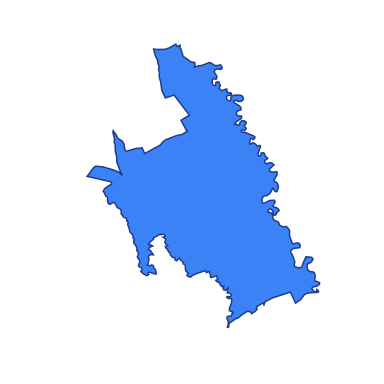 the district of Camarón de Tejeda, Veracruz, Mexico, rotated 64°
{"feature_id": "50627088B3640264870704", "entity_name": "Camarón de Tejeda", "entity_type": "district", "adm_level": 2, "iso_a3": "MEX", "parent_name": "Mexico", "parent_adm1": "Veracruz", "projection": "albers", "projection_center": [-96.566, 19.003], "detail": "fine", "context": "isolated", "style": "filled", "palette": "blue", "viewbox_px": 384, "rotation_deg": 64, "n_neighbors": 0, "source": "geoboundaries", "source_scale": "gbopen_adm2", "svg_char_len": 6110}
<svg xmlns="http://www.w3.org/2000/svg" viewBox="0 0 384 384"><g transform="rotate(64 192 192)"><path d="M264.1,122.7L263.4,125.3L260.5,127.7L256.8,127.6L254.1,130.0L252.1,130.9L247.3,129.7L245.5,130.0L244.5,130.6L244.3,132.0L243.4,132.2L242.0,131.8L241.2,130.0L242.1,128.4L244.7,127.6L246.8,128.8L247.9,128.9L249.0,128.3L249.3,126.7L247.5,124.4L246.9,121.9L245.9,121.7L243.5,122.6L241.2,125.0L240.4,125.2L239.7,125.1L237.6,121.7L235.5,121.6L233.7,125.6L233.8,131.7L233.2,132.8L231.8,133.4L229.8,132.8L228.4,131.9L227.1,129.2L228.1,126.1L227.3,122.2L223.9,117.9L224.4,117.4L226.9,117.4L228.8,116.3L228.6,115.3L227.0,113.5L225.3,112.1L222.7,111.5L220.4,111.7L218.7,113.3L217.7,113.5L213.6,107.9L212.0,107.0L210.8,107.0L210.1,109.5L208.4,112.3L207.1,112.9L205.3,112.5L203.8,107.1L203.3,106.4L201.0,107.6L199.8,108.8L199.4,112.8L196.7,113.7L195.6,112.4L195.0,109.2L191.9,110.4L188.2,110.3L187.4,112.1L187.5,113.0L188.9,113.3L189.5,114.7L188.5,116.4L187.3,116.3L182.6,112.1L181.5,110.6L180.2,110.4L179.7,110.9L179.4,113.4L177.0,113.7L174.4,115.6L174.6,118.5L174.0,119.0L172.3,118.3L170.1,116.3L169.7,115.5L170.1,114.7L171.6,114.3L171.8,113.7L171.4,112.4L170.5,111.4L169.9,111.4L168.2,112.4L160.9,118.9L160.9,119.9L159.8,121.2L158.6,121.0L158.1,120.3L158.4,119.2L159.4,118.2L159.5,116.7L159.0,115.7L158.1,115.4L156.4,115.9L155.1,115.5L154.2,113.3L153.3,112.7L152.1,113.1L150.8,113.9L149.8,115.9L150.3,118.1L152.5,120.0L152.5,120.8L150.9,122.2L150.0,123.9L149.4,123.9L148.0,120.5L147.6,115.8L146.0,114.1L145.2,114.4L143.8,117.2L142.0,118.0L140.7,117.7L139.1,116.2L139.6,112.1L138.5,111.3L137.1,111.1L135.6,111.6L130.1,114.9L128.7,115.0L128.6,112.9L129.4,111.4L130.4,111.2L131.4,109.9L132.0,108.2L131.8,106.3L131.0,105.1L129.0,104.6L127.7,104.9L126.4,105.8L123.9,110.4L123.2,114.8L126.5,117.1L126.8,117.9L125.3,119.7L123.0,120.1L121.3,118.9L120.9,117.4L122.0,114.2L121.5,113.4L120.7,113.4L119.7,113.8L118.3,116.5L117.9,116.7L114.9,115.6L114.3,116.6L114.2,119.9L112.9,121.5L110.7,122.3L109.8,121.7L109.6,120.7L108.5,119.7L105.0,119.6L104.0,120.9L104.2,122.7L106.3,123.9L106.6,124.6L105.4,126.1L104.4,126.3L103.2,126.1L100.2,124.9L99.6,123.8L99.6,122.7L101.2,121.2L101.0,120.3L99.2,119.1L97.6,118.9L95.2,119.5L92.7,118.7L92.2,116.3L92.5,114.9L93.8,113.6L94.5,111.8L93.7,110.4L90.8,110.4L90.2,110.7L89.3,114.2L88.2,116.2L84.1,118.5L83.2,120.0L82.5,127.9L81.6,130.3L80.7,135.2L79.0,133.5L77.1,132.9L76.1,133.4L75.8,134.6L74.2,136.1L66.1,140.5L58.3,139.3L56.8,139.5L54.9,138.4L54.7,141.6L52.0,141.7L52.5,149.0L52.0,153.6L48.7,160.6L46.7,163.9L53.5,165.2L58.9,165.3L61.1,166.1L64.1,166.5L65.8,167.0L67.2,168.5L70.3,168.7L72.0,170.0L75.1,171.2L79.5,172.0L87.2,174.5L95.8,174.7L97.0,165.6L121.8,160.7L122.7,170.4L134.1,170.0L134.1,169.5L135.3,169.5L135.9,175.8L134.5,181.1L133.5,193.0L134.1,195.9L135.9,199.9L136.7,217.6L130.3,217.5L129.7,220.3L128.8,221.8L128.2,223.9L126.6,233.3L124.1,233.7L119.0,232.1L115.7,232.4L111.9,234.8L110.0,235.4L108.3,235.0L102.4,235.9L104.0,237.0L110.1,238.4L114.0,240.4L116.0,240.4L122.3,243.2L128.2,244.5L131.8,246.4L143.2,247.5L146.6,247.3L141.8,249.2L137.6,253.1L130.4,261.0L126.6,267.1L127.0,269.8L132.0,279.4L147.2,260.5L149.7,260.5L150.0,265.7L150.7,269.1L152.5,271.6L154.1,271.1L157.7,271.3L159.7,270.2L163.9,272.2L165.8,272.2L167.1,271.3L166.9,267.6L167.7,266.2L173.4,265.9L175.3,264.2L177.5,263.7L180.9,265.3L182.5,264.6L184.3,264.7L187.1,262.5L188.2,262.5L189.5,263.5L191.3,262.5L192.7,264.0L198.1,264.6L200.5,265.3L205.3,264.0L207.1,265.1L209.7,264.8L210.6,265.9L212.9,266.7L215.1,266.0L217.2,266.0L218.9,266.2L220.5,267.4L222.5,266.6L224.5,267.5L226.6,269.7L229.7,269.2L232.0,269.4L234.0,271.9L235.4,272.6L238.2,270.6L240.2,270.9L240.9,272.9L244.2,271.6L247.1,269.6L247.6,268.6L247.2,267.0L246.4,267.2L245.2,266.6L245.5,265.3L249.5,261.2L249.9,260.0L247.1,259.0L245.2,259.1L242.8,259.7L242.0,259.1L240.7,259.3L239.9,260.5L239.7,262.4L237.7,264.2L236.9,262.9L233.9,260.3L231.3,259.6L230.3,258.8L230.3,256.3L231.5,254.2L226.7,255.0L224.3,256.0L223.1,254.6L223.3,251.1L221.3,252.5L220.1,254.2L218.7,252.1L217.6,247.5L216.3,246.6L216.0,239.1L216.9,238.5L217.3,236.2L218.9,235.2L220.2,236.0L219.9,237.8L222.2,236.5L223.5,236.6L225.3,238.5L227.0,238.4L229.5,237.3L229.3,240.0L231.0,240.0L232.2,239.2L235.9,239.3L236.6,238.5L238.7,238.9L240.8,238.7L242.4,238.0L243.2,236.5L245.9,236.9L247.1,236.0L245.8,232.4L246.6,231.9L247.9,232.2L250.6,231.0L252.9,231.4L253.7,230.4L255.4,230.3L258.0,231.6L260.2,232.2L263.3,230.9L263.8,232.3L265.0,233.1L266.5,232.3L267.9,230.4L267.3,228.8L267.3,224.4L268.5,214.3L270.8,214.4L270.9,211.5L276.3,212.0L276.3,212.6L277.4,212.2L278.0,206.8L282.0,207.2L281.8,209.3L283.4,209.2L285.5,206.8L286.2,207.4L289.9,206.9L290.6,204.8L291.8,206.1L293.8,206.5L294.9,205.0L294.3,201.9L296.0,203.4L298.4,204.5L299.0,202.7L301.8,201.6L302.7,202.5L302.5,204.1L301.5,205.8L301.7,207.0L303.6,206.1L304.4,204.2L305.4,203.4L307.4,203.9L310.9,206.9L312.0,208.5L314.5,210.3L315.7,210.0L317.4,208.1L319.0,208.1L318.6,208.9L319.2,209.9L320.3,210.6L320.6,211.5L319.6,213.5L319.6,215.2L321.3,216.1L324.5,216.3L326.7,217.3L329.2,219.5L329.5,219.0L329.2,217.9L327.9,217.5L326.2,215.7L325.0,207.6L325.5,206.0L324.2,201.0L323.5,194.7L323.7,194.0L325.9,191.6L327.4,191.8L327.3,190.5L327.1,188.1L326.1,185.0L324.6,184.8L323.4,184.1L322.8,176.8L325.0,176.8L322.7,174.4L322.5,166.1L325.1,147.5L337.3,147.6L336.3,141.5L333.5,135.9L333.5,134.4L333.7,131.7L337.0,123.8L337.3,122.5L337.1,121.9L334.8,122.1L334.3,122.5L335.6,123.3L336.1,124.3L335.7,125.3L332.1,126.7L330.9,126.2L330.4,124.9L331.4,120.5L330.8,118.0L329.9,117.2L329.0,117.4L326.2,120.1L325.1,120.5L321.5,118.0L318.0,117.4L316.8,118.4L315.6,120.3L314.3,121.5L312.1,122.0L310.3,121.6L307.7,120.4L307.3,119.5L307.5,117.2L307.1,115.2L305.6,112.9L304.6,112.5L303.1,113.2L300.2,117.9L304.3,123.0L307.4,126.0L307.5,127.8L307.1,129.1L304.6,132.0L303.5,132.4L301.4,131.5L299.9,130.2L292.0,129.3L290.1,130.0L288.0,128.9L287.3,126.9L287.5,124.6L289.2,119.7L287.7,118.2L285.5,118.2L284.6,118.7L283.4,120.7L283.2,123.7L281.7,124.4L274.0,123.5L269.4,121.2L265.3,121.9L264.1,122.7Z" fill="#3b82f6" stroke="#1e3a8a" stroke-width="1.5"/></g></svg>